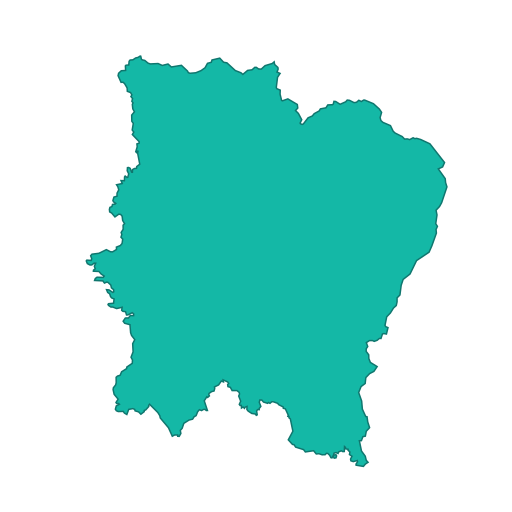 outline of Lac Duong, Lâm Đồng, Vietnam, rotated 282°
{"feature_id": "81297802B90979220295161", "entity_name": "Lac Duong", "entity_type": "district", "adm_level": 2, "iso_a3": "VNM", "parent_name": "Vietnam", "parent_adm1": "Lâm Đồng", "projection": "albers", "projection_center": [108.454, 12.138], "detail": "fine", "context": "isolated", "style": "filled", "palette": "teal", "viewbox_px": 512, "rotation_deg": 282, "n_neighbors": 0, "source": "geoboundaries", "source_scale": "gbopen_adm2", "svg_char_len": 6027}
<svg xmlns="http://www.w3.org/2000/svg" viewBox="0 0 512 512"><g transform="rotate(282 256 256)"><path d="M449.7,233.4L447.7,231.9L444.1,225.3L439.9,222.3L439.5,219.6L440.6,217.1L440.3,215.6L437.3,213.4L435.8,209.2L430.9,205.4L432.1,203.2L433.1,197.2L438.9,187.4L438.8,184.0L442.0,179.4L438.6,172.2L436.2,172.0L434.4,168.5L429.5,167.0L425.9,163.7L422.7,159.0L421.0,153.4L421.3,151.7L422.7,150.5L427.0,143.4L423.3,133.9L425.5,130.0L422.9,124.7L423.9,120.2L421.9,112.7L422.2,110.3L424.2,106.5L424.2,103.9L424.7,103.0L427.5,101.7L427.5,101.1L425.7,99.3L424.7,97.1L422.3,94.8L421.5,92.1L420.1,91.4L416.4,91.8L415.6,89.2L414.8,88.7L410.4,89.9L409.2,85.7L406.2,83.6L403.7,83.6L397.8,87.9L398.3,89.8L397.3,91.6L393.6,95.0L390.3,95.9L389.8,99.3L387.8,101.1L385.9,100.5L384.4,102.5L381.5,102.4L380.2,103.9L378.6,103.5L374.3,104.9L371.8,107.1L368.0,105.1L362.0,106.5L360.2,108.4L353.5,108.7L351.8,110.7L349.1,109.8L343.5,118.0L342.1,118.2L340.9,116.2L338.1,117.1L333.0,116.7L332.4,117.6L333.9,117.9L333.9,118.8L332.1,118.8L321.6,123.2L318.7,120.7L316.9,120.9L316.3,118.9L314.9,117.3L312.2,117.7L312.1,116.9L315.6,114.7L316.1,113.0L315.7,111.9L312.6,112.3L309.9,114.4L306.3,114.2L306.0,113.5L307.0,111.4L306.0,111.0L302.3,111.6L301.7,108.3L299.1,110.1L296.7,104.8L295.1,106.4L292.2,108.0L288.6,107.0L285.6,107.6L284.1,104.8L280.5,104.5L279.4,105.3L278.3,107.9L277.4,107.3L276.6,104.9L274.4,104.8L273.2,103.0L271.1,102.9L268.7,103.7L268.0,105.9L264.9,109.9L268.4,113.1L268.5,115.0L267.1,116.8L263.0,118.2L260.3,120.7L258.5,119.6L254.5,120.5L251.0,119.2L249.1,120.3L246.3,120.0L244.8,122.1L240.4,122.4L238.0,121.1L235.7,117.6L233.4,118.2L230.2,114.8L229.9,112.8L231.1,108.3L226.0,101.8L223.7,95.2L221.9,94.2L219.2,95.9L217.4,95.7L216.8,91.4L215.9,91.0L213.5,92.6L212.7,95.4L213.1,97.2L215.4,99.2L215.6,100.7L212.4,100.0L210.1,101.4L208.4,100.0L207.3,100.1L208.2,105.6L206.2,108.2L204.8,111.7L203.3,111.0L202.2,104.9L200.6,103.5L198.5,103.2L199.8,111.4L198.0,113.4L199.5,115.5L199.4,116.7L197.4,120.0L194.8,121.2L193.5,123.7L191.4,124.3L190.6,123.5L192.3,119.2L192.0,116.8L189.5,118.5L188.6,120.7L186.0,122.2L184.9,123.7L184.5,126.1L180.2,126.5L178.7,121.7L177.9,121.3L177.0,122.0L175.9,124.7L176.3,126.5L175.6,130.6L178.0,135.7L174.9,135.9L174.2,137.3L174.4,140.0L171.4,141.6L171.7,142.9L174.8,146.7L173.9,148.4L172.2,148.7L171.6,145.4L168.9,144.2L168.2,141.1L164.6,139.6L162.9,141.5L162.6,147.0L154.9,149.3L152.4,150.8L149.0,154.8L144.6,153.6L136.7,155.7L131.0,154.8L128.6,156.8L125.3,157.3L120.7,152.8L118.9,152.8L114.8,148.6L111.1,147.9L109.8,145.5L108.3,144.4L102.9,145.6L100.7,145.5L97.5,143.9L95.6,144.0L91.2,146.0L87.3,150.9L83.6,149.5L82.8,150.3L83.2,152.2L82.6,153.2L80.3,150.5L76.9,150.3L75.6,151.6L75.2,153.6L76.4,158.5L75.0,159.9L74.1,162.6L79.5,163.4L81.1,167.3L80.7,169.3L79.4,169.9L79.1,173.6L77.3,176.3L80.5,179.0L81.7,178.8L82.5,180.1L86.5,182.4L87.6,182.1L88.9,182.7L82.5,192.5L79.8,195.1L77.7,196.0L69.8,206.1L62.3,211.6L64.0,213.6L64.6,216.6L63.4,216.9L63.6,218.4L66.8,219.4L69.7,218.2L72.1,219.6L77.3,220.2L81.6,224.6L83.2,227.9L85.9,228.9L87.4,230.6L91.5,231.3L93.9,232.6L93.5,234.9L94.9,236.4L95.4,238.0L94.5,239.5L94.8,240.6L103.6,235.5L108.1,237.2L107.6,238.1L109.5,239.5L110.9,238.5L111.9,238.7L114.2,240.9L115.2,243.0L117.7,243.2L119.3,242.6L122.1,246.2L126.5,248.1L126.1,250.3L128.0,249.6L126.9,254.5L125.6,255.8L124.4,255.0L122.4,255.7L122.2,258.2L119.4,260.6L120.4,265.4L119.1,267.9L117.6,268.6L115.4,268.2L110.8,271.2L107.4,270.5L106.5,271.5L106.8,272.7L104.3,273.4L105.6,274.7L104.6,276.4L105.8,276.7L107.0,278.5L104.0,279.0L102.7,280.5L101.1,284.6L101.3,288.2L100.2,289.4L100.9,290.2L104.6,288.8L106.1,289.5L106.4,291.1L107.4,290.8L109.9,292.0L113.6,289.6L115.9,289.7L116.3,291.6L114.7,293.7L114.3,298.0L115.3,298.6L114.8,300.3L116.8,301.8L117.0,303.3L116.4,307.8L115.3,309.1L114.0,314.0L112.7,314.4L112.6,316.5L107.1,320.6L105.8,320.5L105.9,321.6L104.6,321.9L103.9,323.4L92.3,328.5L82.9,325.8L79.3,330.8L79.3,332.5L77.3,334.5L76.5,342.8L74.6,345.0L77.5,352.8L74.9,356.1L75.7,358.7L75.3,361.9L76.0,364.9L77.6,365.9L77.8,367.3L76.4,369.5L74.3,371.2L74.3,372.3L76.4,372.9L74.5,374.5L75.2,376.2L77.2,376.4L78.3,375.5L77.2,373.3L79.4,373.3L80.4,375.2L79.9,377.3L81.5,377.5L83.2,379.9L82.7,381.5L83.1,383.0L88.0,382.2L87.4,383.3L86.0,383.9L86.1,386.3L85.2,386.4L83.8,388.6L81.2,388.7L80.1,391.5L77.0,390.7L75.4,391.4L75.1,393.9L77.0,397.6L75.8,398.1L73.2,397.1L72.2,397.4L72.5,404.8L75.3,406.3L77.5,408.5L79.1,406.3L82.9,404.5L87.2,399.7L96.8,395.5L97.3,397.5L101.5,398.1L102.5,400.4L107.5,400.3L111.7,402.8L116.9,399.8L121.9,398.0L121.8,396.7L128.3,391.9L136.1,389.5L143.8,384.8L150.1,385.9L154.0,389.3L159.9,388.7L164.6,391.6L167.6,395.3L173.0,397.5L175.7,390.0L179.1,387.7L182.8,386.8L185.6,383.6L188.2,383.1L190.7,384.1L194.2,381.9L196.9,384.6L197.5,387.6L197.1,389.4L198.7,392.0L201.0,393.8L201.3,395.4L206.0,395.9L206.7,397.2L206.8,399.8L213.4,400.0L213.8,397.7L214.9,396.6L223.7,396.5L228.2,399.3L233.7,401.3L236.7,403.5L240.5,403.5L244.4,402.7L247.8,404.9L257.5,404.1L263.7,404.8L270.4,410.4L284.9,414.0L295.7,424.5L302.5,425.9L315.9,427.7L319.4,426.6L322.7,427.3L325.0,425.1L333.8,424.5L338.2,422.6L342.5,425.2L346.7,426.5L363.3,428.4L367.2,426.2L371.0,425.0L379.1,416.2L381.9,420.0L386.6,421.0L401.9,402.8L404.2,392.8L404.5,388.6L403.8,387.0L404.3,385.1L401.8,382.1L402.0,379.8L401.3,377.0L403.2,374.2L405.2,366.5L406.6,364.2L411.5,360.4L413.1,352.3L414.5,350.0L417.2,348.6L422.6,349.0L425.4,346.1L429.4,339.2L431.1,330.0L430.9,328.9L429.0,326.9L429.7,324.2L427.2,322.3L426.4,320.0L427.7,315.1L427.5,312.8L425.5,311.7L421.9,306.7L423.7,301.8L423.5,300.1L420.8,300.0L419.9,299.4L418.7,294.8L415.5,293.6L413.3,288.4L411.0,287.6L407.3,283.3L404.7,282.0L402.0,278.2L395.1,274.9L394.3,273.8L394.6,272.0L395.2,271.5L398.8,272.4L404.3,267.8L406.5,264.4L409.4,266.1L412.8,264.9L416.3,254.5L413.3,249.6L413.5,248.7L419.3,245.9L423.3,245.2L424.0,241.5L425.1,240.8L435.3,239.9L439.6,241.6L440.3,238.3L443.4,238.8L445.0,238.2L447.2,234.4L449.7,233.4Z" fill="#14b8a6" stroke="#0f766e" stroke-width="1.5"/></g></svg>